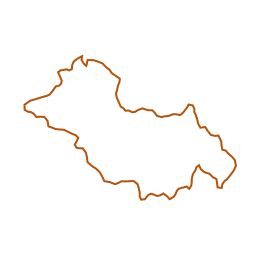 Ipatinga, Minas Gerais, Brazil (Natural Earth projection), rotated 166°
{"feature_id": "56859067B61763369021811", "entity_name": "Ipatinga", "entity_type": "district", "adm_level": 2, "iso_a3": "BRA", "parent_name": "Brazil", "parent_adm1": "Minas Gerais", "projection": "natural_earth1", "projection_center": [-42.604, -19.445], "detail": "fine", "context": "isolated", "style": "outline", "palette": "amber", "viewbox_px": 256, "rotation_deg": 166, "n_neighbors": 0, "source": "geoboundaries", "source_scale": "gbopen_adm2", "svg_char_len": 2020}
<svg xmlns="http://www.w3.org/2000/svg" viewBox="0 0 256 256"><g transform="rotate(166 128 128)"><path d="M216.4,178.1L222.8,175.6L223.9,170.6L221.1,168.0L218.0,166.7L216.0,164.6L214.2,160.9L210.0,160.1L206.3,158.7L204.3,154.3L204.8,148.8L201.5,146.7L198.5,144.5L194.6,143.1L190.6,141.8L187.5,139.2L183.3,135.6L180.4,133.6L178.6,130.4L181.2,127.3L183.7,124.8L182.7,121.3L180.0,120.1L176.9,119.3L174.8,114.3L174.9,109.8L175.5,104.7L172.1,99.7L168.7,96.1L166.2,92.1L164.9,87.8L163.8,82.1L158.8,79.9L154.1,76.6L150.6,77.0L147.4,77.9L143.4,76.8L135.4,75.2L132.3,71.2L132.1,66.5L132.3,61.9L133.2,59.1L132.6,55.3L128.9,54.8L124.6,58.1L121.4,58.6L118.9,57.0L116.1,55.0L113.0,54.9L109.6,55.9L106.6,52.4L104.8,48.8L100.2,50.2L97.8,52.4L95.8,55.2L93.6,56.8L88.9,56.9L85.2,57.0L83.4,54.2L80.7,56.6L79.4,59.5L78.4,63.3L76.2,67.5L73.0,70.4L71.0,73.5L68.1,74.7L67.3,70.5L65.5,67.8L63.5,65.9L60.1,64.0L57.6,59.8L54.6,57.1L54.9,53.4L55.4,48.7L51.6,47.2L49.8,51.0L47.0,53.2L44.4,54.2L41.3,56.6L37.9,59.3L35.3,61.5L32.4,65.3L32.1,71.0L34.2,75.2L37.0,79.1L38.6,82.4L41.7,84.1L41.4,88.9L40.8,92.0L41.4,95.5L42.1,98.8L45.6,99.3L49.3,101.3L51.5,106.2L52.8,110.2L57.7,110.8L58.8,114.9L58.8,119.5L59.0,123.8L59.8,127.5L59.0,130.7L59.7,134.2L63.5,136.1L65.6,133.7L68.5,131.4L70.8,129.6L74.3,127.9L77.6,129.5L80.7,130.5L85.5,129.9L89.4,130.4L92.8,130.5L96.9,132.7L98.3,136.2L100.1,139.2L104.7,140.6L109.0,143.5L113.6,143.1L117.4,141.9L120.1,142.3L123.1,144.8L126.3,145.4L127.7,148.3L129.9,150.5L130.8,155.9L131.5,160.5L131.3,164.4L129.6,167.1L127.7,171.1L124.9,175.1L124.0,178.0L127.7,182.0L130.5,185.2L131.8,188.9L134.8,192.6L137.0,196.7L140.6,199.4L144.9,202.1L150.8,203.7L153.4,198.4L155.3,201.0L156.6,205.4L155.2,208.8L157.8,208.2L160.7,207.3L164.5,205.7L166.8,202.8L168.2,198.8L171.2,198.1L173.6,199.9L176.5,199.8L179.2,200.3L182.4,199.1L181.3,193.4L180.9,189.7L182.3,187.0L184.8,185.8L188.2,185.7L192.3,182.0L196.2,179.3L199.1,178.8L203.0,178.8L207.6,178.5L211.6,178.3L216.4,178.1Z" fill="none" stroke="#b45309" stroke-width="2"/></g></svg>